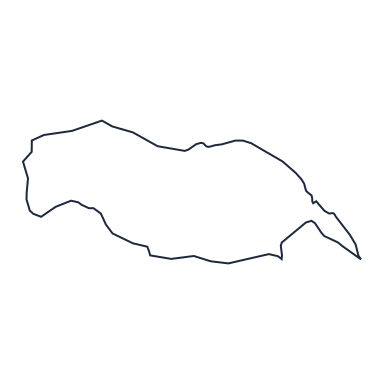 SVG path tracing the border of Iğdir
{"feature_id": "TUR-4840", "entity_name": "Iğdir", "entity_type": "Province", "adm_level": 1, "iso_a3": "TUR", "parent_name": "Turkey", "parent_adm1": "", "projection": "orthographic", "projection_center": [44.174, 39.869], "detail": "fine", "context": "isolated", "style": "outline", "palette": "slate", "viewbox_px": 384, "rotation_deg": 0, "n_neighbors": 0, "source": "natural_earth", "source_scale": "10m", "svg_char_len": 1130}
<svg xmlns="http://www.w3.org/2000/svg" viewBox="0 0 384 384"><path d="M361.0,259.4L342.4,246.1L337.9,242.4L324.3,236.1L321.2,232.5L315.0,223.2L311.5,220.8L305.9,222.5L281.8,242.5L280.8,245.8L282.0,255.5L281.6,259.0L281.5,258.9L277.9,256.2L268.9,254.1L228.4,263.4L210.8,261.3L193.8,256.0L171.2,258.9L150.2,255.4L148.9,250.9L147.3,246.7L132.9,243.3L112.6,233.5L105.9,224.6L100.9,213.6L93.5,208.2L88.9,208.2L81.4,204.7L78.3,202.3L71.1,200.7L55.7,206.8L41.1,216.8L33.3,213.8L29.8,210.6L26.5,199.4L26.7,192.4L28.0,178.4L23.0,161.6L31.7,151.8L31.8,140.5L43.8,135.0L72.0,130.9L101.9,120.6L112.2,126.4L132.9,132.4L157.6,146.2L184.8,150.9L188.4,149.6L196.3,144.1L201.1,142.8L203.4,143.4L206.2,146.2L208.1,146.9L210.5,146.5L215.1,145.2L221.6,144.4L235.3,140.6L242.9,140.6L251.2,143.2L263.7,150.5L282.6,161.5L295.8,173.0L301.6,179.5L304.2,183.8L305.3,188.2L306.1,190.8L308.1,192.8L311.5,195.3L312.2,198.2L312.3,201.5L313.2,203.2L316.2,201.3L324.4,210.8L328.7,213.3L329.8,213.5L332.3,213.1L333.4,213.3L334.5,214.3L335.8,216.6L349.9,234.9L353.5,240.9L355.7,244.6L358.4,255.7L361.0,259.4Z" fill="none" stroke="#1e293b" stroke-width="2"/></svg>